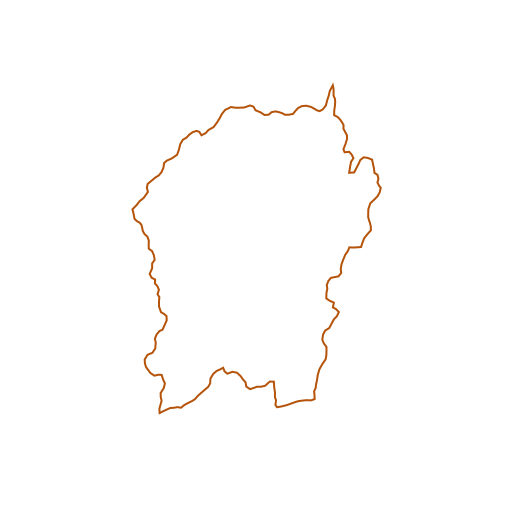 the district of Itaúna, Minas Gerais, Brazil, rotated 35°
{"feature_id": "56859067B71010980379749", "entity_name": "Itaúna", "entity_type": "district", "adm_level": 2, "iso_a3": "BRA", "parent_name": "Brazil", "parent_adm1": "Minas Gerais", "projection": "equal_earth", "projection_center": [-44.581, -20.081], "detail": "fine", "context": "isolated", "style": "outline", "palette": "amber", "viewbox_px": 512, "rotation_deg": 35, "n_neighbors": 0, "source": "geoboundaries", "source_scale": "gbopen_adm2", "svg_char_len": 3340}
<svg xmlns="http://www.w3.org/2000/svg" viewBox="0 0 512 512"><g transform="rotate(35 256 256)"><path d="M267.1,439.9L270.4,433.9L273.1,429.5L275.5,427.7L278.3,424.9L281.6,423.3L282.8,419.1L284.7,415.3L286.7,411.7L288.1,408.4L288.6,403.8L289.5,400.0L290.6,395.6L291.9,390.6L291.5,386.6L289.0,382.6L288.6,377.1L289.8,372.5L291.6,369.6L293.2,366.4L296.4,368.5L300.0,368.9L303.1,364.4L307.4,362.5L312.2,363.2L316.2,364.6L319.8,365.4L322.9,368.5L327.5,368.5L329.5,365.8L331.9,362.4L334.9,360.4L337.9,357.1L339.3,351.0L342.7,348.7L346.4,353.3L349.9,357.0L352.5,360.8L355.1,362.6L357.3,366.8L360.0,367.8L363.2,364.6L366.9,360.3L369.5,356.6L371.5,353.8L373.5,351.1L376.3,348.4L380.1,345.1L383.9,342.7L386.1,339.6L383.3,335.9L381.2,333.5L380.5,329.7L378.8,326.7L377.3,322.9L374.9,318.3L372.9,312.3L372.3,306.3L372.3,300.7L370.5,296.9L368.5,293.8L365.9,290.1L361.5,288.6L358.2,286.4L356.0,281.8L355.4,277.4L357.3,273.0L356.6,267.2L356.1,263.3L356.8,259.0L356.0,254.4L352.0,253.6L348.5,254.0L346.5,249.5L342.1,250.4L337.9,250.4L334.8,245.7L333.3,242.1L330.6,239.1L329.6,234.9L329.9,230.9L333.0,227.7L335.3,225.3L335.5,221.0L332.8,217.9L330.8,213.7L329.6,209.2L328.4,203.8L328.4,199.1L327.5,195.4L331.2,193.0L334.3,190.5L336.9,188.4L335.7,184.5L334.4,179.4L334.8,173.6L335.4,169.1L333.3,166.2L330.6,163.7L328.1,161.9L325.7,159.9L323.6,156.9L321.2,153.3L319.4,147.3L320.6,141.5L321.3,137.1L320.8,132.9L319.1,128.6L316.5,127.8L313.4,126.2L311.9,122.4L308.9,119.8L305.4,120.0L302.4,116.6L299.1,113.6L295.8,110.5L291.2,111.6L287.6,113.4L286.4,117.6L287.2,121.8L287.9,127.2L288.5,131.2L284.6,134.4L281.9,129.0L279.8,124.2L279.7,120.0L276.1,118.0L272.6,117.2L269.1,120.2L266.4,118.4L265.1,113.0L263.4,107.8L261.3,105.0L258.0,103.3L254.5,101.5L252.7,98.6L249.9,97.2L246.3,95.9L243.2,95.3L239.2,95.8L236.5,91.7L234.6,87.9L232.6,84.5L230.4,81.9L227.5,80.1L224.1,75.1L221.0,72.1L221.8,78.5L223.6,82.9L224.9,87.3L226.9,92.6L226.6,97.6L225.1,100.8L222.5,101.7L219.5,101.9L215.6,102.3L211.0,104.1L207.7,106.8L205.6,110.6L205.1,114.4L204.8,118.4L201.7,121.6L198.6,123.7L195.6,124.0L192.0,125.1L189.0,126.4L186.3,129.2L185.3,133.0L182.1,135.6L177.4,135.7L172.0,136.9L168.3,135.1L164.8,136.1L161.1,141.2L156.9,144.4L153.8,146.5L150.1,148.3L146.9,154.1L146.6,159.5L147.2,163.7L147.5,169.3L147.3,174.8L144.8,180.0L144.3,184.1L142.1,188.4L138.3,186.8L135.6,187.6L133.1,190.9L131.8,194.6L131.1,199.1L129.4,202.8L129.8,207.8L131.9,213.2L133.3,218.3L131.1,224.3L128.3,228.9L127.4,232.5L129.6,236.9L130.5,241.7L130.1,245.9L128.6,249.3L127.4,253.7L125.9,259.1L127.4,262.6L130.7,265.5L130.7,272.8L129.2,278.0L129.0,282.8L128.0,288.6L131.7,291.8L135.1,295.2L138.5,295.8L141.4,295.4L144.1,296.1L146.4,298.0L148.9,300.4L151.9,301.9L156.0,302.5L159.4,304.9L161.6,308.3L164.0,311.5L168.1,311.6L172.0,314.0L175.2,317.3L175.2,321.7L178.0,325.7L179.2,331.7L183.1,333.7L186.8,333.1L188.9,336.4L192.5,337.3L195.8,339.3L197.3,343.8L200.4,345.1L202.5,348.7L205.5,353.0L210.4,356.5L214.1,356.2L217.2,356.6L219.8,360.0L220.9,365.8L221.7,370.0L220.0,372.8L219.6,377.2L220.6,381.7L223.5,384.4L226.5,389.5L226.7,394.6L223.8,399.2L224.2,404.7L226.5,407.5L229.3,409.9L232.4,411.0L236.5,412.4L241.4,412.3L244.3,409.1L246.9,407.5L250.4,410.2L254.5,412.7L256.2,417.0L256.5,423.0L258.9,426.2L261.7,428.7L263.1,432.7L264.5,436.6L267.1,439.9Z" fill="none" stroke="#b45309" stroke-width="2"/></g></svg>